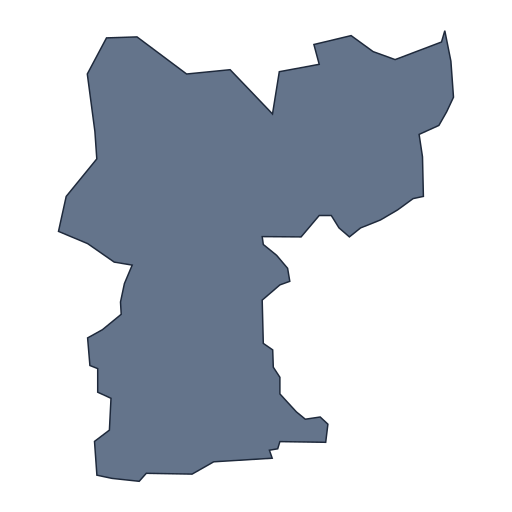 Lezhë, Lezhë, Albania (Equal Earth projection)
{"feature_id": "67620474B20431026689517", "entity_name": "Lezhë", "entity_type": "district", "adm_level": 2, "iso_a3": "ALB", "parent_name": "Albania", "parent_adm1": "Lezhë", "projection": "equal_earth", "projection_center": [19.698, 41.807], "detail": "fine", "context": "isolated", "style": "filled", "palette": "slate", "viewbox_px": 512, "rotation_deg": 0, "n_neighbors": 0, "source": "geoboundaries", "source_scale": "gbopen_adm2", "svg_char_len": 1050}
<svg xmlns="http://www.w3.org/2000/svg" viewBox="0 0 512 512"><path d="M313.9,44.5L319.2,64.3L279.3,71.7L272.5,114.0L255.6,96.3L230.1,69.7L186.6,74.0L137.0,36.9L106.5,37.9L87.3,74.0L94.9,131.5L96.8,158.9L66.2,196.4L60.7,221.3L58.5,231.4L87.6,243.6L114.2,262.1L132.2,265.1L124.4,283.6L120.5,302.0L121.2,314.3L102.4,329.7L87.6,337.9L89.9,365.5L97.7,368.6L97.7,392.2L111.0,398.3L109.4,430.1L94.5,441.4L96.9,475.2L112.1,478.4L139.2,481.3L146.3,473.3L192.1,474.1L213.7,461.8L272.2,458.2L269.4,450.2L277.7,448.8L279.9,441.6L325.7,442.3L327.9,424.2L320.2,417.0L305.3,419.2L296.4,411.9L287.1,401.8L279.9,393.9L279.9,377.3L273.3,367.2L272.7,349.9L263.3,343.4L262.2,300.1L279.9,284.9L289.8,281.3L287.6,268.3L276.6,255.3L263.3,244.5L262.2,236.6L301.1,236.9L319.2,215.5L331.3,215.5L339.0,227.9L349.4,236.9L360.6,227.9L380.4,220.0L397.6,209.9L413.1,198.6L423.4,196.4L422.5,156.9L419.1,134.4L438.9,125.4L446.6,111.9L453.5,97.2L450.9,61.2L444.8,30.7L441.5,42.0L395.1,59.6L373.1,51.6L351.1,35.6L313.9,44.5Z" fill="#64748b" stroke="#1e293b" stroke-width="1.5"/></svg>